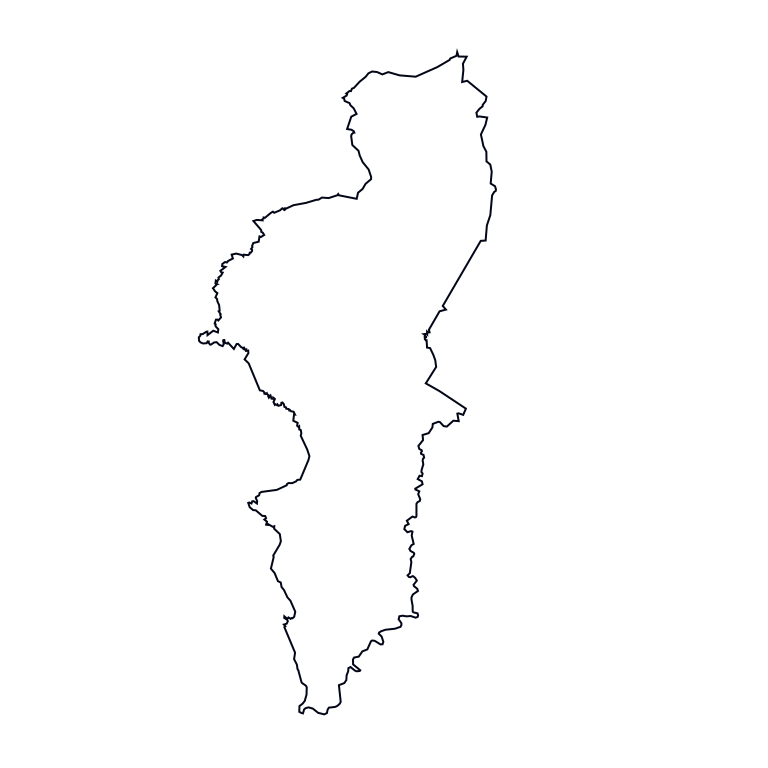 Susupuato, Michoacán, Mexico (Albers equal-area conic projection), rotated 346°
{"feature_id": "50627088B45891459057999", "entity_name": "Susupuato", "entity_type": "district", "adm_level": 2, "iso_a3": "MEX", "parent_name": "Mexico", "parent_adm1": "Michoacán", "projection": "albers", "projection_center": [-100.425, 19.176], "detail": "fine", "context": "isolated", "style": "outline", "palette": "ink", "viewbox_px": 768, "rotation_deg": 346, "n_neighbors": 0, "source": "geoboundaries", "source_scale": "gbopen_adm2", "svg_char_len": 6137}
<svg xmlns="http://www.w3.org/2000/svg" viewBox="0 0 768 768"><g transform="rotate(346 384 384)"><path d="M543.4,86.4L535.6,84.3L535.3,79.7L533.7,83.1L527.0,84.2L526.1,85.4L512.4,89.4L489.1,93.5L473.8,88.3L463.6,82.4L457.3,83.2L452.7,79.6L448.0,77.9L444.0,78.8L440.5,81.5L433.3,84.9L426.5,89.4L424.3,89.7L422.8,91.8L421.4,91.4L417.7,93.0L418.4,93.7L417.5,95.1L413.2,96.4L414.4,97.7L414.3,99.9L418.5,103.1L418.9,105.5L421.3,109.2L422.7,115.3L416.9,116.7L409.9,127.7L413.9,129.4L415.8,131.4L416.0,132.9L415.0,132.8L412.9,134.0L412.1,135.5L411.1,144.5L415.7,151.6L415.7,156.3L417.0,163.6L421.0,172.2L421.6,180.0L421.0,182.1L414.4,185.4L410.4,189.6L405.1,192.1L402.3,197.7L385.9,190.0L385.5,188.6L384.3,189.6L375.3,190.2L368.9,188.1L365.1,189.3L362.8,188.9L352.1,189.4L339.4,188.6L332.2,190.0L330.4,189.6L330.5,190.7L329.4,191.1L327.8,188.9L325.2,190.3L318.9,191.3L317.9,189.9L315.6,190.6L308.8,193.9L307.5,193.3L307.2,194.3L305.6,194.9L305.7,195.8L300.2,194.0L296.7,194.3L301.1,202.9L302.1,205.1L301.7,206.6L303.0,207.9L303.8,210.4L300.1,211.6L298.9,210.7L296.8,215.6L291.3,215.6L289.4,218.2L289.4,219.5L287.7,220.8L288.5,221.9L288.1,223.1L286.6,224.3L285.5,224.1L285.0,225.3L283.4,226.1L279.2,224.6L278.4,226.2L277.5,224.6L272.2,221.7L267.5,221.6L267.7,225.7L262.5,226.9L261.0,228.1L259.3,227.2L256.2,228.4L255.4,230.5L258.5,232.1L252.6,234.6L253.2,236.4L254.4,236.9L252.3,239.2L249.1,240.7L249.1,242.4L247.6,243.1L247.0,244.4L245.8,243.0L244.8,245.6L246.1,246.7L245.2,246.7L245.2,247.4L241.2,249.7L242.6,253.4L244.3,255.5L241.4,259.2L242.6,261.2L242.3,263.3L243.1,267.5L242.3,273.1L241.2,273.4L242.4,276.7L241.8,277.1L242.0,279.9L238.6,282.3L237.9,281.2L236.5,280.9L234.3,284.4L235.1,285.4L234.5,286.6L235.0,288.2L236.5,290.7L235.3,293.8L231.2,291.0L224.6,293.9L225.3,290.4L224.2,290.3L220.2,291.7L218.0,291.3L217.5,292.7L215.6,293.9L215.0,297.4L216.0,299.2L218.2,300.9L221.8,301.5L223.2,300.0L224.2,300.4L223.8,301.5L224.8,303.7L225.6,303.9L229.2,302.6L231.7,302.9L233.8,306.3L236.6,308.2L238.2,306.5L238.3,303.3L238.8,302.5L239.7,302.7L239.5,305.4L241.7,306.9L242.7,306.2L246.8,313.7L250.6,309.6L252.1,309.8L254.2,313.5L255.6,314.8L257.1,314.9L257.0,315.9L256.3,316.1L256.8,316.8L258.7,317.0L258.2,318.5L260.3,318.7L259.9,321.2L254.7,326.4L257.7,331.2L262.0,360.1L264.9,361.5L266.1,363.7L265.6,364.4L266.6,365.1L268.1,364.6L268.1,365.5L269.6,367.3L268.7,367.8L269.0,369.4L271.1,367.8L271.3,371.0L273.0,371.6L273.3,370.5L273.8,371.1L274.5,372.2L272.4,374.7L273.0,377.8L273.8,377.4L275.2,378.7L275.7,378.1L276.4,379.6L279.1,379.5L279.9,377.4L281.0,377.4L282.0,379.5L281.8,382.0L283.2,382.9L283.2,384.3L285.4,385.2L285.7,386.7L286.4,386.5L287.0,387.8L289.6,389.1L290.2,392.0L289.4,391.6L287.1,397.7L290.8,400.8L289.6,403.5L290.6,405.0L291.4,404.6L290.8,407.6L292.1,408.5L291.9,411.7L290.7,414.1L293.6,428.7L294.2,435.9L292.3,439.5L279.6,456.5L276.7,456.1L275.1,457.2L271.0,458.0L267.3,457.0L265.6,457.7L265.1,458.7L254.4,460.8L239.1,459.1L236.9,459.7L235.9,461.8L232.5,462.7L232.0,463.5L232.6,467.0L231.8,469.2L229.1,466.1L227.7,466.0L226.5,467.9L224.6,466.4L223.5,466.5L223.9,471.1L226.5,474.7L229.0,475.5L234.0,482.5L236.8,483.4L237.1,485.7L235.1,486.6L237.2,489.3L235.6,492.0L237.1,492.6L237.1,491.4L241.6,495.7L243.1,495.5L242.4,497.8L246.6,504.4L245.9,511.6L243.9,514.7L235.0,523.7L235.1,525.2L229.6,535.8L232.1,540.9L233.4,549.7L235.8,551.6L235.5,556.2L237.1,559.7L238.7,567.7L240.8,571.7L242.8,583.5L240.5,588.2L238.5,589.2L237.6,588.7L236.6,589.3L234.8,587.4L233.9,588.1L232.6,587.5L231.1,585.3L230.6,586.8L233.1,589.5L233.3,590.9L231.6,593.0L228.7,593.2L229.7,595.2L228.5,595.8L232.7,623.2L230.2,629.2L231.6,635.3L231.1,639.7L231.6,641.0L231.8,653.0L232.0,654.1L235.2,657.8L235.7,659.5L233.7,666.6L230.4,672.4L227.8,674.4L224.0,676.1L222.5,681.6L224.5,683.4L225.7,684.0L227.7,680.5L229.4,679.6L232.5,679.5L236.4,681.7L240.5,687.1L246.1,690.1L249.0,689.5L250.4,686.5L252.2,684.7L258.4,685.5L260.7,685.1L263.8,683.5L265.1,681.9L267.4,665.3L273.1,664.6L275.8,662.2L277.3,657.5L279.7,654.2L280.7,651.1L283.0,650.5L286.5,655.1L287.9,656.1L291.0,656.6L291.7,656.0L286.2,648.6L287.2,643.9L288.7,642.2L293.6,642.4L298.3,638.2L303.6,637.5L309.1,630.5L310.3,630.0L312.8,630.9L317.6,635.8L319.6,636.2L321.0,634.0L320.6,628.5L318.5,625.0L319.1,624.0L321.4,623.2L326.0,622.8L335.4,624.1L341.3,623.6L342.5,622.3L343.0,620.2L341.3,615.8L342.7,613.1L345.9,613.3L349.7,614.9L353.8,615.6L358.2,618.4L360.3,618.1L361.1,616.9L361.1,614.7L357.2,612.6L356.8,611.7L358.1,606.2L358.5,600.0L359.0,597.8L361.1,595.2L366.9,593.0L366.7,590.7L364.1,587.3L364.1,586.0L368.3,582.7L367.3,579.6L365.9,577.7L365.2,577.3L363.0,577.9L361.5,577.3L360.6,575.4L363.3,573.8L367.5,563.3L367.5,560.3L369.6,558.4L370.7,558.4L372.3,556.1L372.1,555.0L369.3,552.4L368.7,550.1L371.6,547.1L374.1,546.4L374.2,537.8L375.9,534.1L374.7,533.3L370.9,533.5L368.6,529.7L370.2,526.7L374.0,525.9L373.1,522.2L379.5,519.5L381.6,520.9L382.7,520.9L383.5,520.1L386.5,508.1L388.1,506.7L390.4,506.2L391.3,504.6L390.5,499.2L392.3,496.7L388.9,493.9L389.0,493.1L397.2,490.6L397.2,487.6L393.7,484.4L396.3,481.6L398.5,482.6L399.8,480.2L399.0,478.4L399.7,476.5L402.7,471.5L403.0,467.5L403.8,465.9L405.1,465.2L405.2,462.4L403.1,460.8L403.3,459.5L404.6,458.3L404.5,457.4L402.5,455.5L402.4,452.4L408.3,447.9L409.1,442.8L415.5,442.5L420.5,437.8L421.7,434.5L427.6,433.8L429.0,434.4L431.7,439.3L434.7,440.5L442.4,436.4L447.5,438.1L448.0,430.5L449.3,430.5L453.4,433.1L457.5,427.7L436.0,404.2L424.7,393.5L438.7,380.1L439.5,373.4L438.9,367.5L437.4,360.3L434.6,359.1L435.9,351.9L435.2,351.9L434.5,350.3L434.7,349.1L436.1,348.9L436.2,348.2L435.1,347.4L435.8,346.3L434.8,345.3L437.5,345.6L437.9,346.3L438.5,343.6L439.2,344.7L440.7,344.9L440.7,342.2L455.5,326.9L462.1,326.8L459.9,322.5L512.5,268.5L517.3,269.4L522.2,255.0L528.0,245.9L534.5,227.2L537.4,224.3L539.1,223.7L539.7,222.4L539.6,219.0L536.0,215.3L539.9,204.0L540.2,196.8L537.3,192.8L539.5,183.4L538.0,177.3L538.4,165.3L545.1,157.1L548.6,150.4L541.4,147.5L539.1,147.3L539.3,143.1L543.2,140.1L546.9,138.4L547.3,137.0L551.1,134.1L553.0,129.9L538.1,109.9L532.9,109.9L537.0,98.5L538.1,92.3L543.4,86.4Z" fill="none" stroke="#020617" stroke-width="2"/></g></svg>